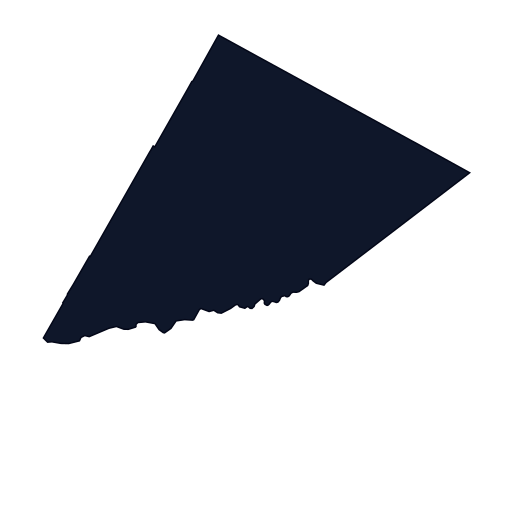 the district of Garrett, Maryland, United States of America, rotated 29°
{"feature_id": "52423323B87744490422478", "entity_name": "Garrett", "entity_type": "district", "adm_level": 2, "iso_a3": "USA", "parent_name": "United States of America", "parent_adm1": "Maryland", "projection": "orthographic", "projection_center": [-79.245, 39.463], "detail": "fine", "context": "isolated", "style": "filled", "palette": "ink", "viewbox_px": 512, "rotation_deg": 29, "n_neighbors": 0, "source": "geoboundaries", "source_scale": "gbopen_adm2", "svg_char_len": 1471}
<svg xmlns="http://www.w3.org/2000/svg" viewBox="0 0 512 512"><g transform="rotate(29 256 256)"><path d="M402.5,79.6L401.0,79.6L341.3,79.7L335.6,79.8L160.1,80.8L116.1,81.0L116.0,133.2L115.8,134.0L115.3,134.5L115.3,143.0L114.6,209.6L112.7,209.6L112.7,214.4L112.6,216.6L111.3,336.9L110.5,336.9L110.0,369.4L109.5,380.6L110.0,381.8L109.7,390.6L110.3,390.8L109.8,430.8L115.5,432.4L119.1,430.0L127.8,427.0L134.6,423.4L142.7,415.8L142.4,412.1L144.8,408.6L149.2,407.4L162.4,390.5L168.1,385.3L175.9,384.1L179.9,382.0L185.1,376.6L185.2,375.8L184.2,374.1L184.9,371.5L191.2,367.2L200.4,364.1L207.0,367.4L212.0,368.0L213.3,367.6L216.7,360.6L217.6,351.5L222.8,347.5L224.3,346.3L231.7,342.8L232.4,341.9L232.4,330.4L233.3,328.6L241.9,327.3L245.4,323.9L250.0,324.2L253.4,322.8L259.2,314.2L261.8,308.6L263.1,307.5L264.2,307.4L266.2,308.4L271.6,307.1L272.8,304.5L274.0,304.1L276.2,304.6L277.9,303.8L278.8,301.1L278.3,298.6L281.0,291.1L282.1,290.3L283.2,290.3L285.1,291.0L286.1,293.2L287.2,293.9L288.3,293.9L289.3,293.9L290.2,293.4L290.8,292.0L291.2,289.5L291.8,287.9L293.9,287.2L296.3,286.8L297.5,285.7L298.0,283.4L297.7,281.1L297.9,279.1L300.6,276.6L301.9,276.9L303.0,276.6L303.8,275.8L304.3,274.9L304.5,273.3L304.6,271.7L305.8,269.7L309.0,268.1L310.9,266.3L315.5,256.7L315.1,254.6L314.0,252.7L313.6,251.4L313.7,250.6L314.1,250.2L314.9,249.7L315.9,249.4L317.7,250.0L321.9,250.6L329.6,248.5L330.1,245.2L366.0,163.2L402.5,79.6Z" fill="#0f172a" stroke="#020617" stroke-width="1.5"/></g></svg>